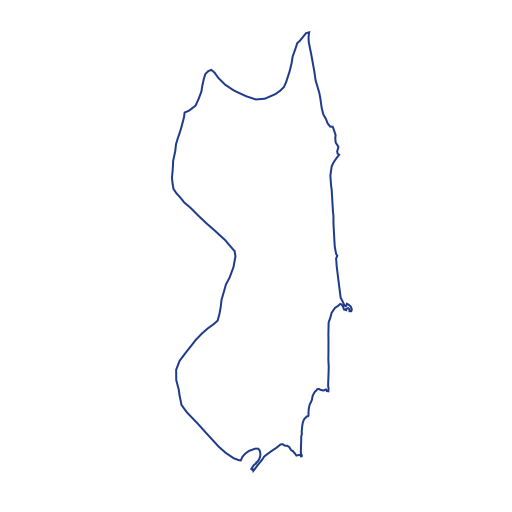 outline of Harper, Maryland, Liberia, rotated 260°
{"feature_id": "62588387B65193305891299", "entity_name": "Harper", "entity_type": "district", "adm_level": 2, "iso_a3": "LBR", "parent_name": "Liberia", "parent_adm1": "Maryland", "projection": "orthographic", "projection_center": [-7.714, 4.427], "detail": "fine", "context": "isolated", "style": "outline", "palette": "blue", "viewbox_px": 512, "rotation_deg": 260, "n_neighbors": 0, "source": "geoboundaries", "source_scale": "gbopen_adm2", "svg_char_len": 3534}
<svg xmlns="http://www.w3.org/2000/svg" viewBox="0 0 512 512"><g transform="rotate(260 256 256)"><path d="M46.1,215.2L46.2,216.1L44.9,216.1L46.2,217.6L48.9,220.4L51.1,222.9L54.0,226.3L57.2,229.4L60.2,235.2L62.1,239.4L63.7,243.1L66.1,247.3L66.1,249.5L64.3,251.3L63.6,253.9L62.1,255.5L58.7,256.9L57.9,257.7L57.6,258.4L56.7,259.0L55.9,259.2L55.0,259.9L54.6,260.2L54.0,260.4L53.4,260.7L52.5,261.1L52.5,262.6L52.6,263.6L52.6,264.5L52.2,264.9L51.7,265.2L50.8,265.5L50.9,266.3L51.7,266.5L52.4,266.3L53.0,266.1L54.0,266.1L55.3,266.1L56.9,266.5L62.4,267.6L67.4,268.7L70.2,269.1L72.9,270.3L75.1,270.5L79.8,271.8L81.2,272.2L82.1,272.6L83.9,273.2L86.1,274.5L87.5,275.7L88.4,277.2L89.2,278.1L89.2,278.9L89.2,279.6L89.6,280.0L91.2,280.2L94.3,280.9L96.2,281.4L98.4,282.2L100.2,283.0L101.0,283.5L102.6,284.8L104.0,285.6L104.8,286.2L107.0,286.9L108.7,287.7L110.6,289.1L112.3,290.7L112.9,291.8L114.2,293.3L114.2,294.8L112.9,296.4L112.6,297.6L112.1,298.1L111.8,299.1L112.0,300.3L112.4,301.1L112.4,301.8L111.6,302.1L110.7,302.3L110.2,303.8L113.1,304.5L115.7,304.5L119.2,305.2L128.9,307.3L134.9,308.5L136.0,308.6L141.1,309.2L149.0,310.7L159.0,312.5L163.2,313.2L165.9,313.6L178.0,316.0L182.2,318.4L186.9,320.6L190.1,323.7L191.3,324.9L192.7,328.4L194.2,330.5L194.0,331.0L193.2,331.9L191.0,332.9L188.0,333.4L187.0,335.4L188.4,335.7L188.7,337.7L187.3,338.7L185.4,338.5L185.1,340.2L186.8,341.1L189.8,340.5L191.8,338.9L193.2,337.2L191.2,336.2L191.2,335.2L192.4,334.4L195.9,333.5L198.7,332.6L200.1,332.1L201.9,332.2L206.4,332.4L212.4,332.7L216.5,332.9L232.5,333.7L235.7,334.1L239.5,334.4L241.5,335.7L242.2,336.1L243.9,335.3L247.6,335.2L251.7,335.2L257.8,335.9L265.2,336.8L274.2,337.9L282.0,339.2L284.3,339.4L286.4,339.5L295.8,340.6L307.9,342.0L309.7,342.1L312.6,342.2L322.2,343.2L327.0,344.7L331.3,346.2L334.4,348.4L337.9,351.7L341.3,355.5L342.7,354.1L345.0,354.1L346.9,355.1L348.7,355.9L349.2,356.1L353.8,354.2L358.2,354.5L361.3,355.4L366.5,354.6L370.0,354.0L370.5,351.5L371.7,350.9L374.1,349.6L379.0,348.6L383.6,346.9L390.5,346.4L399.4,346.7L402.9,346.7L405.4,346.7L418.5,345.2L428.7,345.5L445.5,345.4L457.4,345.1L462.7,345.8L467.1,347.2L466.7,343.9L460.1,336.3L458.5,333.6L453.4,330.9L446.2,326.8L439.1,324.3L431.9,321.1L421.7,315.7L417.4,312.7L416.1,310.7L414.6,308.5L412.1,303.3L410.8,297.9L409.4,292.3L409.6,289.5L410.2,283.0L415.0,274.1L421.9,264.2L423.8,261.9L430.0,255.4L438.1,249.7L443.8,247.0L447.1,244.2L446.3,241.0L444.0,237.7L439.7,235.5L433.0,232.7L427.5,230.8L420.7,226.8L417.1,224.3L414.5,222.5L410.7,215.1L409.7,210.6L405.4,209.3L397.5,205.7L392.2,203.1L385.6,199.5L384.1,198.7L379.9,196.6L373.3,194.7L364.3,191.0L354.8,188.8L347.5,186.8L341.5,186.4L336.3,186.4L331.4,188.6L327.4,191.2L322.9,193.7L321.2,194.6L315.3,199.5L310.7,202.8L305.9,206.1L295.8,213.6L288.6,219.5L283.2,223.6L277.1,228.3L271.9,231.3L267.1,234.2L264.5,235.8L259.9,235.7L258.9,235.6L249.0,231.9L239.9,226.6L239.0,226.0L233.1,221.4L226.5,218.2L218.7,214.4L211.3,212.2L207.3,210.7L205.2,209.9L199.0,207.0L196.2,202.4L193.2,196.2L189.0,189.2L183.8,182.1L178.2,175.9L173.8,170.9L166.1,162.6L157.8,157.6L147.6,155.9L138.1,156.7L137.5,156.7L131.9,156.5L125.7,156.7L122.4,156.7L114.3,160.6L101.2,169.4L91.1,175.7L74.5,186.3L67.4,192.0L60.7,198.9L58.9,202.0L58.1,203.2L57.3,205.5L60.6,207.8L62.6,210.2L63.8,212.2L65.3,215.3L65.7,217.9L65.9,218.8L66.4,221.8L66.0,224.2L65.8,224.8L63.7,225.9L60.7,226.0L58.4,225.5L55.2,223.8L54.3,222.9L53.0,221.5L52.7,220.4L51.7,220.1L50.7,217.9L50.2,217.4L49.2,216.3L47.1,214.4L46.1,215.2Z" fill="none" stroke="#1e3a8a" stroke-width="2"/></g></svg>